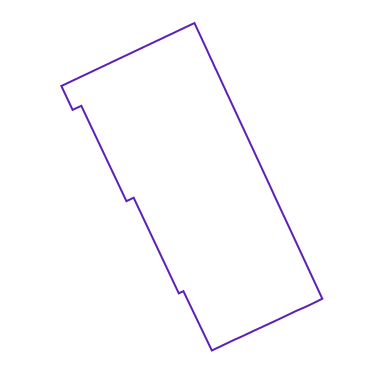 the district of Sioux, Nebraska, United States of America, rotated 155°
{"feature_id": "52423323B6299370365207", "entity_name": "Sioux", "entity_type": "district", "adm_level": 2, "iso_a3": "USA", "parent_name": "United States of America", "parent_adm1": "Nebraska", "projection": "albers", "projection_center": [-103.851, 42.502], "detail": "fine", "context": "isolated", "style": "outline", "palette": "violet", "viewbox_px": 384, "rotation_deg": 155, "n_neighbors": 0, "source": "geoboundaries", "source_scale": "gbopen_adm2", "svg_char_len": 634}
<svg xmlns="http://www.w3.org/2000/svg" viewBox="0 0 384 384"><g transform="rotate(155 192 192)"><path d="M118.8,158.5L118.8,158.8L118.7,192.5L118.6,266.1L118.6,268.6L118.5,292.8L118.6,293.9L118.4,302.9L118.5,303.9L118.5,306.6L118.4,317.5L118.4,321.8L118.4,338.0L118.4,339.7L118.4,344.1L265.6,343.3L265.5,316.9L255.9,316.9L255.3,211.4L247.3,211.5L246.8,105.7L241.7,105.8L241.0,40.0L240.7,40.0L225.1,40.1L215.8,40.2L208.1,40.0L194.3,40.1L172.3,40.0L171.9,40.0L147.6,40.2L138.4,39.9L132.8,39.9L119.0,40.2L118.9,115.1L118.9,116.5L118.9,146.8L118.9,151.7L118.9,152.7L118.8,158.5Z" fill="none" stroke="#5b21b6" stroke-width="2"/></g></svg>